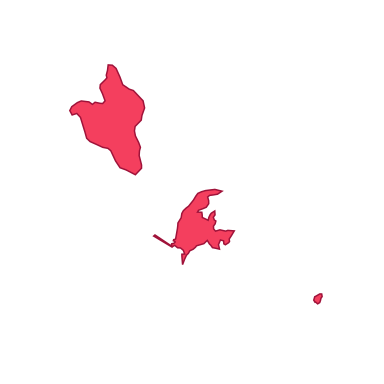 Ansan-si, Gyeonggi, South Korea (Natural Earth projection), rotated 250°
{"feature_id": "91817680B39459501575733", "entity_name": "Ansan-si", "entity_type": "district", "adm_level": 2, "iso_a3": "KOR", "parent_name": "South Korea", "parent_adm1": "Gyeonggi", "projection": "natural_earth1", "projection_center": [126.664, 37.234], "detail": "fine", "context": "isolated", "style": "filled", "palette": "rose", "viewbox_px": 384, "rotation_deg": 250, "n_neighbors": 0, "source": "geoboundaries", "source_scale": "gbopen_adm2", "svg_char_len": 2175}
<svg xmlns="http://www.w3.org/2000/svg" viewBox="0 0 384 384"><g transform="rotate(250 192 192)"><path d="M340.1,156.7L335.0,154.1L334.9,154.0L331.1,151.4L328.4,151.1L327.3,149.2L324.3,142.6L321.1,141.0L314.9,141.5L310.1,141.5L307.4,141.5L305.7,138.3L306.8,135.9L309.5,131.6L308.4,128.4L311.9,126.0L315.4,119.1L315.4,118.0L315.2,114.8L314.6,112.7L313.3,108.2L310.3,105.0L305.4,105.7L305.2,110.6L300.3,112.7L284.7,111.9L278.5,111.4L274.2,113.5L269.3,118.6L264.5,123.4L261.8,127.9L258.6,129.8L247.2,130.8L239.4,132.7L235.4,137.5L227.6,144.7L231.6,152.7L234.6,153.8L239.2,154.3L244.3,154.8L248.6,156.7L251.6,158.8L256.7,158.8L264.0,158.0L269.1,158.8L273.1,161.0L276.9,168.9L281.0,171.1L287.2,176.2L294.4,177.2L307.4,171.6L310.1,168.2L316.5,163.6L324.6,163.6L334.1,162.9L338.4,160.5L340.1,156.7ZM150.4,158.7L150.2,157.9L150.0,157.0L150.2,156.1L150.3,155.2L149.9,154.9L148.9,154.6L147.9,154.5L164.3,142.5L163.7,140.9L147.2,154.3L147.8,157.5L144.5,159.4L143.4,162.0L140.2,163.9L136.2,163.9L137.0,161.2L134.6,160.4L127.0,158.3L131.3,162.0L132.9,163.6L134.5,165.2L135.6,167.6L137.5,169.8L137.8,173.5L138.9,176.4L139.9,177.8L139.7,181.0L139.4,185.5L141.3,189.8L137.2,190.6L135.6,191.4L132.7,192.2L131.3,194.6L128.9,198.3L133.5,198.9L137.2,202.3L135.3,205.0L132.4,204.2L131.0,205.3L131.8,209.0L132.6,210.3L135.1,210.9L137.5,214.1L141.0,218.4L143.7,212.5L143.7,210.3L146.9,205.3L147.2,200.7L149.9,199.7L152.6,200.5L154.2,202.9L156.6,204.5L158.0,203.4L161.0,203.4L162.6,205.8L166.4,206.9L165.5,202.9L164.5,201.3L162.3,199.1L159.9,197.5L161.8,195.7L164.5,193.0L167.2,193.8L169.6,194.3L171.2,190.3L172.6,191.9L172.6,196.5L172.8,200.2L175.3,203.7L178.2,204.7L182.0,205.0L182.8,207.4L182.0,210.9L181.2,215.2L182.5,220.5L186.6,214.4L188.7,205.3L189.0,201.0L188.7,197.0L186.9,194.3L183.9,190.6L179.8,183.9L179.0,181.2L177.4,177.5L175.3,175.1L171.5,173.0L167.7,168.2L165.6,167.3L162.6,165.8L153.4,160.5L153.3,159.8L153.5,159.1L153.5,158.5L152.6,157.8L151.3,159.1L150.4,158.7ZM52.5,277.3L52.2,275.3L51.8,273.2L51.6,271.5L48.7,269.4L46.3,269.9L46.3,270.5L43.9,271.8L44.4,274.2L46.1,275.6L48.0,276.8L49.2,278.5L51.8,279.0L52.5,277.3Z" fill="#f43f5e" stroke="#9f1239" stroke-width="1.5"/></g></svg>